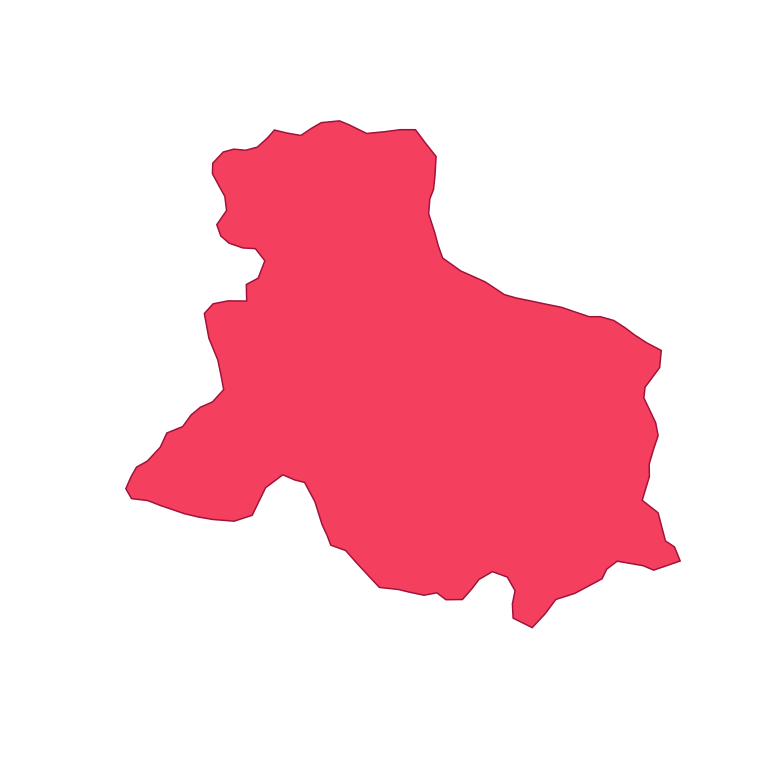 Komi Kepir, Cyprus, rotated 165°
{"feature_id": "46923920B77535309338235", "entity_name": "Komi Kepir", "entity_type": "district", "adm_level": 2, "iso_a3": "CYP", "parent_name": "Cyprus", "parent_adm1": "", "projection": "albers", "projection_center": [33.993, 35.411], "detail": "fine", "context": "isolated", "style": "filled", "palette": "rose", "viewbox_px": 768, "rotation_deg": 165, "n_neighbors": 0, "source": "geoboundaries", "source_scale": "gbopen_adm2", "svg_char_len": 1731}
<svg xmlns="http://www.w3.org/2000/svg" viewBox="0 0 768 768"><g transform="rotate(165 384 384)"><path d="M107.5,344.6L119.5,355.7L129.5,366.8L136.5,375.8L145.6,385.9L157.6,393.0L168.6,396.0L183.6,406.0L192.6,412.1L208.7,420.1L218.7,425.2L234.7,433.2L244.7,439.3L259.8,456.4L280.8,473.5L294.8,490.6L295.8,503.7L295.8,516.8L296.8,536.9L291.8,551.0L285.8,559.1L280.8,572.1L274.8,590.3L281.8,606.4L285.7,616.3L287.8,621.5L302.8,625.5L317.9,627.5L335.9,630.5L350.9,643.6L358.9,649.7L377.0,652.7L388.0,649.7L400.0,645.6L413.1,651.7L424.1,657.7L433.1,651.7L445.1,645.6L457.2,645.6L468.2,649.7L479.2,649.7L492.3,641.6L495.3,631.5L492.2,618.5L489.2,606.4L491.2,592.3L504.3,581.2L503.3,569.1L497.2,560.1L485.2,552.0L473.2,548.0L467.2,533.9L478.2,518.8L491.2,515.8L495.2,499.7L513.3,504.7L528.3,505.7L539.3,498.6L541.3,473.5L538.3,450.3L539.3,433.2L540.3,420.1L554.3,411.1L567.3,409.1L578.4,404.0L589.4,395.0L606.4,392.9L616.4,380.9L632.5,370.8L644.5,367.8L652.5,359.7L660.5,349.7L657.5,338.6L642.5,332.6L631.4,324.5L610.4,310.4L597.4,303.4L584.3,297.4L564.3,290.3L545.3,291.3L525.2,314.5L505.2,322.5L495.2,314.5L486.2,309.5L481.2,288.3L480.2,264.2L478.1,252.1L477.1,242.1L464.1,233.0L457.1,218.9L448.1,201.8L441.1,188.7L423.1,181.7L414.0,176.7L400.0,169.6L387.0,168.6L380.0,159.6L364.0,155.5L351.9,163.6L342.9,170.6L327.9,174.7L314.9,165.6L310.9,150.5L316.9,138.4L319.9,124.4L303.9,110.3L287.9,120.3L273.8,131.4L253.8,132.4L223.8,139.4L216.8,147.5L204.7,152.5L180.7,141.4L171.7,134.4L143.7,136.4L145.6,151.5L152.7,159.5L152.7,170.6L152.6,188.7L164.7,204.8L151.6,225.9L148.6,238.0L140.6,251.1L132.6,263.1L131.6,276.2L133.6,287.3L136.6,303.4L132.6,313.4L113.5,328.5L107.5,344.6Z" fill="#f43f5e" stroke="#9f1239" stroke-width="1.5"/></g></svg>